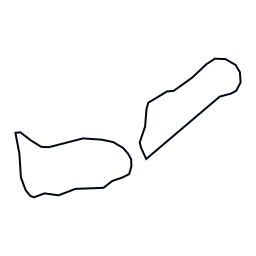 outline of Fananu, Federated States of Micronesia
{"feature_id": "79324940B62737064958651", "entity_name": "Fananu", "entity_type": "district", "adm_level": 2, "iso_a3": "FSM", "parent_name": "Federated States of Micronesia", "parent_adm1": "", "projection": "equal_earth", "projection_center": [151.912, 8.562], "detail": "fine", "context": "isolated", "style": "outline", "palette": "ink", "viewbox_px": 256, "rotation_deg": 0, "n_neighbors": 0, "source": "geoboundaries", "source_scale": "gbopen_adm2", "svg_char_len": 629}
<svg xmlns="http://www.w3.org/2000/svg" viewBox="0 0 256 256"><path d="M20.4,132.3L15.4,132.8L19.4,153.7L20.9,177.4L25.6,190.1L30.3,195.9L34.0,197.3L44.5,193.4L58.6,195.3L75.3,188.9L103.5,187.8L112.2,181.0L122.3,177.5L129.2,174.1L131.4,166.3L131.1,159.2L128.1,153.7L123.0,147.9L113.2,142.1L102.0,139.7L83.1,138.4L48.7,147.2L41.1,146.8L31.0,140.5L20.4,132.3ZM146.2,159.0L219.7,96.6L230.9,93.6L236.3,90.7L240.6,82.4L239.9,72.2L235.5,64.9L225.4,59.1L214.9,58.7L206.5,64.1L192.1,77.7L173.6,90.9L167.1,91.4L148.3,102.7L146.5,109.0L145.1,126.5L139.7,142.5L141.1,147.8L146.2,159.0Z" fill="none" stroke="#020617" stroke-width="2"/></svg>